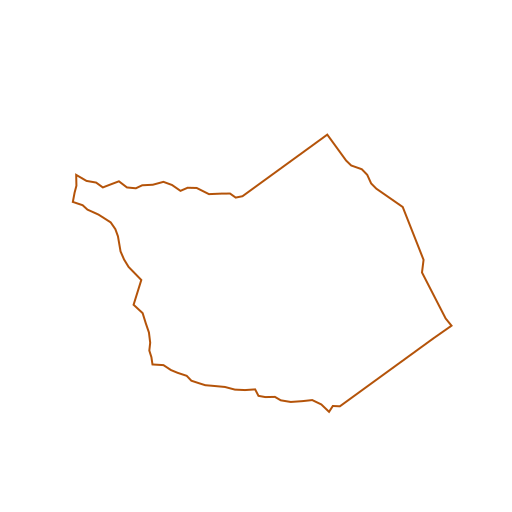 Nova Aliança do Ivaí, Paraná, Brazil (Mercator projection), rotated 54°
{"feature_id": "56859067B91181868045334", "entity_name": "Nova Aliança do Ivaí", "entity_type": "district", "adm_level": 2, "iso_a3": "BRA", "parent_name": "Brazil", "parent_adm1": "Paraná", "projection": "mercator", "projection_center": [-52.628, -23.171], "detail": "fine", "context": "isolated", "style": "outline", "palette": "amber", "viewbox_px": 512, "rotation_deg": 54, "n_neighbors": 0, "source": "geoboundaries", "source_scale": "gbopen_adm2", "svg_char_len": 1120}
<svg xmlns="http://www.w3.org/2000/svg" viewBox="0 0 512 512"><g transform="rotate(54 256 256)"><path d="M84.7,353.8L93.6,360.0L98.1,365.5L104.6,372.4L113.0,366.4L119.4,365.1L129.9,359.1L143.4,353.8L151.6,354.0L158.9,356.1L172.7,362.9L181.3,364.8L190.0,365.5L208.0,362.9L223.5,383.7L235.6,381.3L245.6,384.7L255.0,387.6L264.0,392.6L269.8,397.9L276.4,400.1L282.9,403.5L289.9,395.0L298.2,391.9L304.4,388.1L312.2,382.5L318.9,381.6L325.0,377.2L330.7,373.0L335.1,367.9L343.7,358.1L351.7,351.6L358.0,343.7L363.4,335.1L370.6,336.2L375.6,331.4L381.1,323.5L387.3,320.8L394.5,313.7L400.8,303.6L405.6,295.2L414.5,290.4L425.0,288.5L422.5,282.0L426.9,276.5L426.9,175.3L426.9,160.6L427.3,138.8L418.0,139.3L366.9,131.4L357.6,122.7L302.6,108.5L272.2,119.1L265.0,120.2L255.7,118.3L248.0,119.4L238.7,125.8L231.7,127.0L208.9,127.0L199.7,127.0L199.7,231.8L196.8,238.1L190.2,240.3L184.8,247.9L178.3,257.7L166.1,264.0L160.6,271.2L158.9,278.8L149.2,282.2L141.6,287.3L137.7,297.6L131.9,306.5L130.6,313.4L124.7,320.1L115.0,323.0L112.6,331.7L110.5,339.6L102.6,342.2L95.6,349.0L84.7,353.8Z" fill="none" stroke="#b45309" stroke-width="2"/></g></svg>